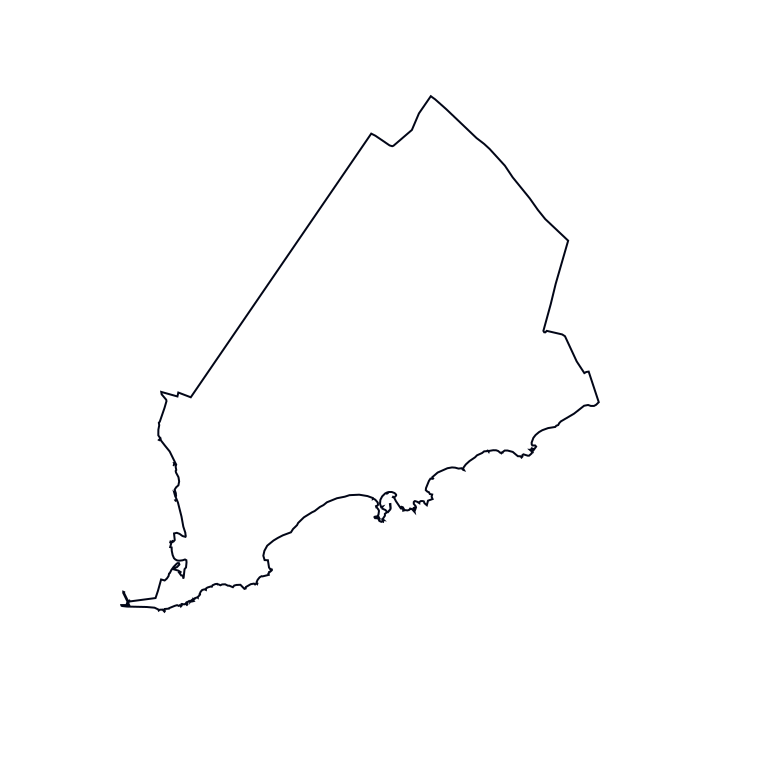 Muntazah, Al Iskandariyah, Egypt, rotated 197°
{"feature_id": "37247803B90463856595624", "entity_name": "Muntazah", "entity_type": "district", "adm_level": 2, "iso_a3": "EGY", "parent_name": "Egypt", "parent_adm1": "Al Iskandariyah", "projection": "orthographic", "projection_center": [30.035, 31.264], "detail": "fine", "context": "isolated", "style": "outline", "palette": "ink", "viewbox_px": 768, "rotation_deg": 197, "n_neighbors": 0, "source": "geoboundaries", "source_scale": "gbopen_adm2", "svg_char_len": 6157}
<svg xmlns="http://www.w3.org/2000/svg" viewBox="0 0 768 768"><g transform="rotate(197 384 384)"><path d="M249.8,574.9L278.1,588.9L287.8,595.5L299.0,604.2L321.3,619.2L332.2,628.1L351.8,639.7L358.5,642.9L367.3,646.2L404.6,664.9L418.4,671.2L423.4,672.9L429.7,653.0L431.6,635.1L444.6,614.6L445.7,613.8L448.4,613.8L464.8,618.9L469.4,619.7L564.9,314.8L578.2,315.7L577.9,311.7L594.7,311.3L593.6,309.1L587.7,305.3L587.0,304.0L586.9,297.0L587.4,282.4L588.0,281.1L586.9,278.9L586.4,274.3L584.8,268.9L581.9,266.5L582.9,264.7L582.5,264.6L581.7,266.3L580.8,264.8L576.7,261.9L577.2,261.5L576.6,261.8L569.2,256.8L560.2,247.2L561.6,246.9L561.0,246.2L561.6,245.2L562.0,245.3L561.5,245.0L560.7,246.2L561.0,246.6L560.0,247.0L559.2,246.3L559.1,244.0L557.5,241.0L557.8,239.9L557.0,238.5L553.3,234.8L551.4,230.9L551.0,227.0L552.6,224.4L553.3,221.8L551.4,219.0L552.4,218.5L552.8,218.7L552.3,217.9L552.3,218.4L551.3,218.8L550.1,216.2L550.3,215.1L548.3,212.7L549.6,211.8L549.2,211.5L548.2,212.6L546.4,210.4L538.9,198.0L534.2,188.9L530.4,183.5L530.1,182.5L530.7,182.6L530.0,182.4L529.1,180.6L529.2,179.8L532.2,179.7L535.7,180.9L538.6,181.1L541.1,179.7L538.5,173.6L539.2,171.9L540.2,172.0L540.2,171.1L542.1,171.0L542.1,170.0L540.9,170.0L540.8,165.5L539.3,165.6L538.2,162.4L536.1,158.6L533.9,156.0L532.3,155.2L530.2,154.8L528.3,155.1L525.1,156.5L523.0,158.0L521.5,157.7L520.7,155.7L519.7,150.7L520.6,148.6L519.0,140.2L519.2,139.2L519.7,141.1L520.9,141.9L521.9,141.6L524.6,143.6L523.6,144.0L523.5,144.7L526.2,145.4L530.7,145.3L530.6,146.4L528.3,148.6L526.9,151.5L527.7,152.7L528.8,152.5L529.6,151.7L531.7,147.7L532.9,144.2L533.6,140.4L534.1,139.9L533.9,137.3L534.8,134.4L536.3,132.0L540.0,131.9L539.7,120.2L539.9,112.5L563.4,101.8L564.8,103.1L564.3,102.5L564.4,99.5L562.8,97.8L564.0,97.2L564.7,98.3L564.8,100.4L565.2,101.4L571.4,108.0L571.6,109.0L572.6,109.1L572.3,108.0L565.6,100.8L565.7,97.3L570.6,95.8L570.3,95.3L569.6,95.1L564.8,96.0L545.6,101.4L538.0,103.0L534.0,102.4L533.2,101.5L532.4,102.6L529.8,103.5L527.4,102.1L527.2,102.8L528.0,103.0L528.5,103.8L528.0,104.7L524.0,106.3L524.0,106.8L519.2,110.7L517.2,112.0L515.3,111.8L514.7,112.7L513.7,112.6L513.2,112.0L512.8,112.9L513.6,113.3L513.1,113.3L513.4,114.2L513.0,114.6L510.7,114.8L509.6,115.8L507.9,115.1L507.7,115.5L508.3,115.8L509.5,116.1L509.0,117.5L508.0,117.5L508.1,118.1L506.9,119.5L506.2,119.1L505.6,119.9L505.5,119.3L505.1,120.2L504.2,120.2L504.5,120.1L504.2,119.8L503.0,120.5L503.7,120.7L504.0,121.8L503.5,122.1L503.6,122.5L502.9,122.3L503.0,122.9L502.3,123.2L502.4,123.7L500.2,125.4L499.6,125.2L499.8,125.9L498.6,128.1L498.9,128.9L498.5,129.2L498.8,129.8L498.6,131.8L497.6,133.9L495.6,135.2L494.1,135.0L494.4,136.4L493.4,137.7L490.5,139.7L489.4,139.8L489.1,141.4L486.9,143.3L485.1,144.1L484.5,143.8L485.2,143.4L483.7,144.0L481.6,143.7L480.2,145.0L477.4,146.0L474.2,145.5L473.1,145.9L469.1,145.5L468.3,147.5L466.3,148.7L462.6,150.0L458.0,147.5L456.8,148.4L456.8,147.8L456.5,148.0L456.7,149.5L452.9,153.6L450.0,155.1L448.7,154.6L447.6,156.1L446.8,155.7L446.8,156.3L447.8,156.7L447.9,157.2L447.6,159.8L446.4,162.8L444.9,164.4L443.9,164.5L438.4,167.8L439.2,169.0L438.7,169.9L438.9,170.6L438.0,171.1L436.8,173.1L437.0,173.8L437.8,173.7L437.7,173.1L438.1,173.0L438.7,173.7L438.2,173.7L438.4,174.0L438.9,173.8L440.3,174.9L443.5,181.5L446.7,180.7L449.2,184.5L449.6,189.5L448.4,195.3L443.9,202.0L440.5,205.8L436.5,209.7L429.6,215.0L428.6,218.7L425.9,223.6L425.5,226.0L421.6,233.1L415.3,240.3L413.2,242.2L409.4,247.6L406.5,250.5L404.0,254.2L395.6,261.0L388.5,264.8L384.5,267.6L375.3,270.9L367.0,272.0L361.3,271.7L361.1,270.9L360.8,271.3L358.5,270.8L355.3,268.8L354.4,266.6L354.8,265.7L355.8,265.0L356.4,265.6L355.5,264.2L355.1,264.7L355.2,264.1L352.6,262.3L351.7,261.2L351.1,257.4L352.0,254.8L353.0,254.6L353.7,255.5L353.4,254.8L354.2,254.2L354.1,253.7L353.3,253.1L350.9,253.7L350.4,254.4L351.0,254.8L350.4,255.4L348.9,253.9L348.7,253.0L349.8,253.2L348.4,251.7L346.3,251.4L345.8,252.1L344.6,252.0L344.7,253.2L345.5,253.8L344.7,253.9L345.8,254.4L344.6,258.3L345.2,260.1L343.5,262.4L342.8,262.5L341.3,265.9L341.3,267.2L342.8,271.1L343.2,270.9L341.5,267.1L341.4,265.9L342.9,262.6L343.6,262.5L345.7,263.9L349.1,264.3L349.8,265.5L349.5,266.3L350.7,265.4L352.8,268.3L353.6,272.2L352.9,276.0L350.9,279.7L349.5,281.0L349.0,280.2L348.6,280.6L349.0,281.1L347.7,282.2L345.0,283.0L342.0,282.8L340.1,281.8L339.8,280.9L341.0,278.4L342.3,278.8L342.4,278.4L341.0,278.2L338.4,275.5L331.5,269.9L331.0,270.0L332.0,271.1L331.4,271.7L329.9,271.6L328.2,270.0L328.9,269.3L328.6,268.5L326.8,269.6L324.5,270.0L323.1,271.0L322.6,272.4L322.1,272.1L320.9,272.7L317.4,270.6L317.9,271.5L317.4,273.4L317.7,273.8L317.9,273.1L318.4,273.8L319.1,273.4L319.3,274.2L318.8,274.6L318.6,273.9L317.8,274.5L317.4,273.8L317.3,275.4L318.1,276.5L320.5,278.1L321.0,279.8L320.6,280.7L320.2,281.1L317.9,281.1L315.4,280.4L315.7,281.5L314.4,282.9L312.5,283.4L311.6,283.4L310.4,281.8L307.6,280.6L307.8,285.3L303.9,288.2L305.5,290.1L305.6,292.4L308.0,292.2L309.5,293.7L310.9,293.7L313.0,294.7L313.4,296.7L312.7,304.5L311.9,307.1L309.6,307.6L309.4,308.0L310.5,308.5L310.6,309.0L306.8,315.0L298.7,322.0L294.6,324.1L291.5,324.8L288.0,324.9L285.2,326.1L283.1,325.0L282.3,325.0L283.7,326.3L283.5,327.4L282.3,330.9L279.7,335.3L275.5,340.5L274.2,343.0L270.0,346.7L268.5,348.9L266.5,349.6L265.4,350.6L264.0,349.7L264.0,350.7L260.2,352.6L257.3,353.4L255.2,353.3L252.6,352.2L251.6,352.8L251.3,352.3L250.6,353.2L250.3,352.5L250.5,353.8L249.1,355.7L246.5,356.5L241.0,356.7L234.9,354.1L232.2,354.8L231.0,353.9L230.4,355.1L230.8,356.5L230.1,357.5L225.4,357.5L224.3,357.9L222.5,360.8L222.6,361.8L222.0,362.1L222.4,362.5L222.2,363.1L223.9,363.1L225.2,363.7L224.4,363.9L223.9,365.7L222.3,365.6L222.2,364.6L221.6,364.6L220.2,368.6L221.4,369.4L224.2,368.6L225.1,369.5L225.7,371.2L225.4,376.2L224.1,379.6L221.7,383.3L219.1,386.1L214.2,389.8L207.7,393.0L207.0,394.5L205.4,395.7L205.0,397.8L203.9,400.0L193.6,411.2L186.3,421.7L182.7,423.6L179.7,423.5L176.8,424.4L175.1,426.1L173.3,429.4L191.9,455.7L194.1,454.6L195.6,453.0L206.3,461.9L224.9,482.6L228.1,483.5L243.9,482.4L244.8,480.6L245.9,480.3L247.1,481.4L247.9,509.1L249.1,530.0L249.8,574.9Z" fill="none" stroke="#020617" stroke-width="2"/></g></svg>